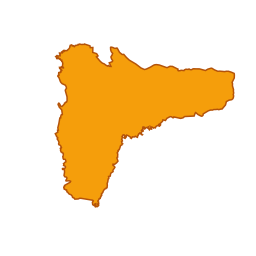 Mueang Phitsanulok, Phitsanulok, Thailand, rotated 18°
{"feature_id": "78962969B1264982226283", "entity_name": "Mueang Phitsanulok", "entity_type": "district", "adm_level": 2, "iso_a3": "THA", "parent_name": "Thailand", "parent_adm1": "Phitsanulok", "projection": "orthographic", "projection_center": [100.243, 16.805], "detail": "fine", "context": "isolated", "style": "filled", "palette": "amber", "viewbox_px": 256, "rotation_deg": 18, "n_neighbors": 0, "source": "geoboundaries", "source_scale": "gbopen_adm2", "svg_char_len": 5708}
<svg xmlns="http://www.w3.org/2000/svg" viewBox="0 0 256 256"><g transform="rotate(18 128 128)"><path d="M125.8,176.0L127.3,174.1L126.8,173.3L126.8,172.5L127.7,169.5L127.0,168.7L125.2,168.1L124.9,167.1L126.2,166.7L126.8,166.3L127.9,164.6L128.7,162.6L126.7,160.0L126.7,159.4L127.2,158.8L126.9,158.3L126.3,155.9L125.4,155.0L125.9,153.3L125.5,153.0L125.5,152.4L126.1,151.9L126.0,151.3L126.4,150.9L126.4,147.0L127.5,145.8L127.3,145.1L127.7,144.7L127.1,144.5L126.6,143.8L126.6,143.5L126.1,142.9L126.7,142.1L126.3,141.3L125.5,141.0L125.6,139.9L125.4,139.5L125.8,138.7L124.9,137.9L125.2,137.5L125.2,136.8L125.6,136.7L125.6,136.0L126.3,135.7L127.6,136.2L127.3,138.6L128.4,138.8L129.1,137.0L128.9,136.6L128.9,135.2L130.3,135.2L133.4,135.9L133.4,136.6L134.4,136.9L135.1,134.9L136.6,134.7L137.5,133.6L138.1,133.8L139.8,133.9L139.5,132.5L139.6,132.1L139.9,132.1L140.0,130.2L140.7,129.9L140.7,129.0L141.1,128.9L142.7,130.1L143.7,130.2L143.8,130.0L143.3,130.0L143.2,129.7L142.3,129.2L142.1,128.5L142.3,127.0L143.2,126.6L143.4,126.1L143.1,125.7L142.4,126.2L141.6,126.0L142.4,124.6L141.9,123.4L142.0,122.3L143.3,122.2L143.6,123.7L144.2,123.8L145.1,122.0L146.2,121.5L147.1,120.6L146.8,122.0L147.7,122.2L148.9,123.1L149.3,121.6L148.8,120.7L150.5,121.9L150.8,121.7L149.6,119.8L150.5,119.9L151.0,119.7L152.3,120.2L153.1,119.4L154.0,119.4L154.1,118.1L154.6,117.2L156.3,116.1L156.9,116.6L157.3,116.6L158.0,115.2L157.8,114.5L156.4,115.5L156.1,115.5L156.0,115.2L156.8,114.5L158.8,110.9L158.7,109.5L161.3,109.3L162.0,106.8L164.5,104.2L165.8,103.9L167.7,104.4L168.2,103.9L168.2,103.3L175.1,102.6L177.2,101.3L178.3,99.6L187.2,96.2L187.3,93.1L187.6,92.4L190.5,93.6L193.9,94.1L194.7,93.9L195.4,92.9L195.2,91.3L199.1,86.8L201.0,85.4L202.9,84.8L203.9,83.9L205.5,83.4L207.5,82.5L208.7,82.5L210.6,81.2L211.6,80.9L213.6,76.0L213.4,72.5L215.5,70.3L217.9,69.0L218.6,67.9L218.8,66.8L218.6,64.9L217.8,63.7L217.7,62.0L216.8,60.3L216.5,58.9L214.3,55.6L213.7,53.5L212.9,52.5L213.6,47.6L212.8,44.7L212.1,43.3L209.3,43.0L206.1,43.0L204.1,43.6L202.5,44.5L197.6,45.6L195.9,46.3L192.3,46.0L189.5,45.3L188.6,45.4L185.7,47.4L183.9,49.4L177.8,49.7L171.6,51.6L170.6,52.8L169.1,53.3L167.8,53.0L167.1,53.7L164.9,54.2L163.7,55.3L163.5,56.1L160.6,56.7L159.8,57.4L158.2,58.0L157.9,57.9L157.3,57.2L157.4,56.6L151.3,55.7L148.9,56.3L146.7,58.4L146.1,58.6L138.4,58.4L135.5,58.9L134.1,59.5L133.0,60.3L130.4,63.3L127.1,66.4L125.5,67.3L121.8,66.9L115.6,64.7L108.4,63.1L104.7,61.4L101.2,59.3L99.7,59.9L96.6,58.7L93.1,55.4L92.6,55.4L92.3,55.8L90.5,56.4L88.7,56.1L86.8,56.3L86.5,56.7L87.3,58.9L88.5,60.6L90.3,61.7L90.3,63.5L89.8,65.4L89.9,65.9L91.0,67.4L92.3,68.4L92.7,68.9L92.3,70.0L90.0,71.8L92.8,74.7L91.4,75.1L90.0,74.6L89.6,75.4L87.6,75.1L85.3,74.3L83.8,74.3L82.4,73.8L80.5,72.9L76.0,70.1L77.2,68.7L75.2,67.0L71.1,67.0L69.7,62.3L67.3,63.2L66.4,61.6L60.8,61.6L60.8,61.9L60.2,62.1L57.8,63.0L56.1,63.1L55.5,63.7L54.8,63.9L54.8,64.5L54.1,64.8L53.4,65.4L52.4,65.7L51.9,67.2L51.4,67.2L51.2,66.8L50.6,66.6L49.7,67.2L49.2,66.5L48.6,66.4L47.5,67.3L47.8,67.9L47.5,68.3L47.7,69.3L47.5,70.6L46.0,73.3L44.3,73.8L44.0,74.5L43.6,74.3L43.5,73.9L42.8,74.1L42.1,75.3L42.6,75.6L42.3,75.8L42.4,76.2L42.0,76.3L42.2,76.8L41.7,76.9L41.3,76.7L41.3,77.1L40.7,77.6L40.7,78.0L39.7,77.9L39.9,78.4L40.8,78.8L40.8,79.4L41.1,80.1L40.3,80.1L40.0,80.9L39.3,81.3L38.1,81.0L37.9,81.3L38.1,82.1L37.5,82.0L37.2,82.5L38.9,83.1L38.5,83.5L38.7,84.0L39.6,83.8L39.5,83.0L39.8,82.8L40.3,82.9L40.5,83.3L41.2,83.5L41.6,83.1L41.9,83.1L41.9,83.7L42.8,83.9L43.3,84.3L44.0,84.0L44.4,85.1L45.2,85.4L46.1,87.0L46.5,89.5L48.0,90.7L47.7,91.0L45.6,90.5L45.4,90.8L45.6,91.6L45.4,92.0L44.5,91.4L44.1,91.5L44.6,92.5L47.0,93.4L47.3,93.7L47.1,94.2L46.5,94.3L46.2,94.9L46.9,95.6L46.7,96.1L45.0,96.7L45.3,98.0L46.1,98.9L45.8,99.4L45.2,99.6L45.2,100.4L46.9,101.6L49.4,104.8L50.3,105.5L51.7,106.2L55.0,106.6L56.4,107.7L57.2,109.2L56.7,110.9L56.8,111.8L60.4,117.2L61.6,120.7L61.5,122.4L60.6,122.8L60.3,124.0L60.0,124.1L60.1,124.6L59.7,125.7L58.6,127.9L57.5,128.1L55.0,125.8L54.4,125.8L54.2,126.5L54.3,127.5L55.2,128.1L56.0,129.3L59.4,131.3L61.4,135.4L61.3,135.7L60.5,136.0L60.4,137.5L60.8,139.1L60.2,139.2L60.1,139.8L60.9,145.4L61.2,149.5L62.4,151.6L61.7,151.9L62.5,153.7L60.6,155.9L61.8,157.1L62.3,157.3L62.6,158.1L64.3,159.1L64.0,160.3L65.7,161.6L66.9,163.2L66.9,164.6L67.6,165.3L68.3,165.2L69.4,165.7L70.8,167.2L70.7,167.6L70.1,167.8L69.9,168.2L70.0,168.5L70.6,169.0L70.7,170.1L71.8,171.5L72.7,171.5L73.2,172.0L73.9,171.9L74.5,172.5L75.0,174.9L74.8,175.3L75.8,177.2L76.4,177.7L77.7,177.2L78.1,177.3L79.2,178.7L79.3,179.5L78.6,180.1L78.1,181.3L77.7,181.8L78.3,182.3L78.3,183.5L80.1,183.8L80.6,184.3L80.7,185.1L80.5,185.6L79.7,186.2L78.3,186.7L78.2,187.1L78.6,187.6L79.9,187.2L80.4,187.4L81.3,189.6L81.8,192.9L82.9,193.9L84.5,193.8L85.1,194.0L85.5,195.1L85.1,197.0L85.5,197.5L88.6,196.3L89.9,196.4L89.8,197.4L85.4,202.2L85.8,202.6L85.2,203.9L85.4,204.8L86.0,205.0L86.3,205.9L88.5,205.9L88.4,206.3L89.3,206.7L89.6,207.5L90.0,207.4L92.2,208.9L94.8,209.2L96.4,210.4L96.6,211.0L97.5,211.3L98.1,211.1L99.4,212.1L102.5,210.9L103.7,209.8L104.9,209.4L116.8,207.6L117.5,208.0L117.1,209.7L118.1,211.8L120.7,212.5L120.9,212.0L119.9,210.8L120.1,210.2L120.8,209.8L121.4,211.9L121.4,213.0L121.7,213.0L122.3,212.3L123.1,212.3L123.7,211.4L124.0,210.5L123.8,210.1L123.1,210.3L122.8,210.0L122.7,209.5L123.4,208.8L123.0,208.4L123.0,207.5L122.1,207.2L121.9,206.6L122.5,205.0L122.4,204.2L123.3,203.6L123.1,203.1L123.5,201.6L123.2,201.3L123.8,200.1L123.1,198.9L123.5,198.5L123.4,198.1L124.0,197.2L123.9,196.0L124.5,193.5L125.7,192.5L125.8,191.7L126.3,191.6L126.5,191.2L126.0,188.7L125.3,187.2L125.4,185.6L124.9,182.6L125.3,182.2L125.3,181.4L124.5,180.1L126.0,179.2L125.6,177.0L125.8,176.0Z" fill="#f59e0b" stroke="#b45309" stroke-width="1.5"/></g></svg>